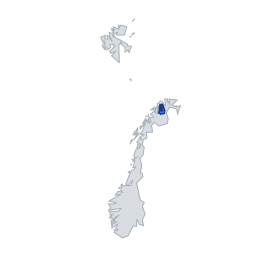 Porsáŋgu sme 2, Finnmark, Norway (highlighted), rotated 335°
{"feature_id": "86288312B48399951224278", "entity_name": "Porsáŋgu sme 2", "entity_type": "district", "adm_level": 2, "iso_a3": "NOR", "parent_name": "Norway", "parent_adm1": "Finnmark", "projection": "albers", "projection_center": [25.158, 70.243], "detail": "fine", "context": "in_parent", "style": "filled", "palette": "blue", "viewbox_px": 256, "rotation_deg": 335, "n_neighbors": 0, "source": "geoboundaries", "source_scale": "gbopen_adm2", "svg_char_len": 6271}
<svg xmlns="http://www.w3.org/2000/svg" viewBox="0 0 256 256"><g transform="rotate(335 128 128)"><path d="M154.4,134.0L149.4,136.0L150.0,137.6L148.4,142.1L142.9,139.7L140.9,145.0L136.9,145.1L133.9,149.1L134.4,152.7L130.0,159.1L126.2,160.1L124.7,167.7L120.2,173.6L121.7,175.0L121.0,178.4L112.5,181.4L108.7,198.4L111.2,202.4L107.9,205.0L107.1,213.3L102.3,217.1L100.8,223.1L97.5,219.9L97.6,214.4L94.0,220.7L91.3,219.0L82.4,225.8L76.5,225.2L71.4,216.8L72.7,214.4L74.5,216.4L76.1,215.6L74.2,214.1L77.9,210.8L71.1,211.8L73.1,208.4L77.8,208.3L75.7,207.1L78.6,204.5L83.2,203.2L79.0,203.5L72.4,208.2L74.0,204.4L76.3,204.8L74.8,201.2L77.7,199.8L75.2,199.5L76.0,195.8L84.6,199.4L87.7,197.9L76.9,194.6L78.7,192.4L78.2,188.3L82.5,190.7L85.7,190.9L79.9,186.2L93.7,185.0L88.1,183.4L92.6,181.1L96.2,184.6L95.1,181.2L97.9,177.8L106.4,181.3L110.4,177.1L103.7,180.1L102.1,177.9L112.5,168.3L116.7,168.0L118.7,166.2L115.6,166.1L120.3,160.6L119.6,159.1L124.6,158.2L121.1,158.2L122.2,154.5L126.3,150.8L131.1,150.8L127.7,149.6L130.0,147.1L131.9,149.6L132.5,148.0L129.8,144.9L134.6,141.7L135.2,145.0L135.4,141.0L140.2,140.6L136.8,139.1L142.8,134.0L143.7,131.2L145.5,132.8L144.9,131.1L148.6,128.6L148.1,132.1L150.8,127.4L149.6,133.0L151.8,131.5L151.7,127.8L156.0,128.8L154.2,125.0L158.5,123.9L160.4,127.6L165.0,118.1L168.1,119.9L165.8,126.5L170.3,119.0L170.7,123.6L171.9,122.7L173.6,117.2L176.0,118.2L174.7,121.0L175.8,121.0L175.8,125.0L177.4,119.1L184.4,123.4L177.7,125.8L180.8,129.4L184.9,129.9L178.9,136.2L179.9,132.0L179.1,130.2L174.4,126.7L169.2,130.4L168.2,136.9L165.5,140.6L156.9,139.3L154.4,134.0ZM151.4,33.4L153.8,36.0L153.0,39.7L154.5,37.9L154.7,41.0L159.2,46.2L154.7,49.1L147.8,65.0L143.5,55.6L149.9,53.0L144.1,53.3L143.8,50.8L151.0,48.4L149.8,47.4L150.6,46.0L146.8,44.9L146.2,47.7L143.1,48.7L141.2,41.6L143.1,42.0L143.0,38.8L141.3,40.0L141.7,34.2L146.9,34.4L147.1,35.3L144.5,36.6L146.5,39.1L148.7,35.6L150.2,43.1L150.3,36.4L151.4,33.4ZM157.5,30.2L161.4,34.4L162.8,30.6L163.2,31.1L162.8,33.2L165.0,31.7L169.6,35.7L164.0,42.2L157.4,39.2L156.7,38.2L158.7,37.0L155.2,36.5L154.6,34.9L155.7,34.1L154.3,32.9L156.6,33.4L156.5,31.5L157.4,32.5L157.5,30.2ZM159.5,47.5L162.9,51.8L162.2,53.2L165.7,55.4L161.3,59.8L160.5,59.4L161.2,57.2L157.5,57.9L159.3,53.7L156.9,48.4L159.5,47.5ZM134.3,138.5L137.1,137.4L128.6,141.0L133.2,137.8L134.0,133.9L136.5,132.1L134.3,138.5ZM139.5,131.7L143.0,131.8L138.5,134.3L139.5,131.7ZM143.2,129.9L148.5,126.5L145.5,130.4L143.2,129.9ZM139.7,41.7L141.0,46.4L141.2,48.4L139.8,45.9L139.7,41.7ZM132.5,134.0L132.5,137.7L129.8,136.3L132.5,134.0ZM160.9,119.8L159.0,122.3L156.4,121.1L159.4,120.8L160.9,119.8ZM161.2,121.7L160.3,124.7L159.2,123.8L161.2,121.7ZM125.3,140.7L128.2,140.4L124.7,142.1L125.3,140.7ZM179.9,32.2L176.6,33.4L180.0,32.0L179.9,32.2ZM172.3,44.2L174.5,44.6L171.2,45.3L172.3,44.2ZM166.7,117.9L168.6,117.2L169.2,117.8L166.7,117.9ZM162.5,121.0L162.1,122.6L161.6,121.2L162.5,121.0ZM152.0,124.8L151.8,126.5L151.1,125.8L152.0,124.8ZM151.3,84.7L150.9,86.2L150.3,84.9L151.3,84.7ZM169.7,46.7L168.6,46.6L168.5,46.0L169.7,46.7ZM110.7,167.8L111.0,169.3L109.4,168.6L110.7,167.8ZM148.7,124.2L149.6,124.9L150.1,125.9L148.7,124.2ZM155.1,31.1L155.4,32.1L154.8,31.7L155.1,31.1ZM99.0,177.1L97.0,176.7L99.3,176.5L99.0,177.1ZM95.6,178.3L94.5,179.2L94.3,178.5L95.6,178.3ZM124.2,142.4L123.0,143.5L124.5,141.6L124.2,142.4ZM74.2,201.5L73.4,203.1L74.0,200.9L74.2,201.5ZM118.8,159.2L118.6,158.1L119.2,158.3L118.8,159.2ZM181.2,127.8L181.1,129.1L181.0,128.9L181.2,127.8ZM119.1,160.3L118.0,160.3L119.4,160.1L119.1,160.3ZM115.5,162.0L115.4,163.0L114.9,162.6L115.5,162.0ZM76.1,194.2L75.2,195.1L75.6,194.3L76.1,194.2Z" fill="#d9dde1" stroke="#a8b0b8" stroke-width="1"/><path d="M169.1,121.4L168.9,121.3L168.7,121.6L168.7,121.8L168.8,121.8L168.7,121.9L168.6,122.0L168.4,122.2L168.0,122.7L167.8,122.9L167.8,123.0L167.7,123.2L167.6,123.3L167.5,123.5L167.4,123.7L167.4,123.8L167.2,123.8L167.3,123.9L167.3,124.0L167.2,124.0L167.1,124.3L166.9,124.4L167.0,124.4L166.9,124.4L166.9,124.5L167.0,124.5L167.3,124.6L167.3,124.8L167.2,125.0L167.0,125.3L166.9,125.5L166.7,125.7L166.6,125.8L166.6,126.0L166.5,126.3L166.4,126.5L166.2,126.8L166.0,126.7L165.9,126.6L165.9,126.4L166.0,126.5L166.1,126.4L166.1,126.2L166.1,126.3L166.1,126.2L166.0,126.3L165.9,126.4L165.9,126.1L166.0,126.1L166.1,125.9L165.9,125.9L166.0,126.0L165.9,126.0L166.0,126.1L165.9,126.1L165.7,126.2L165.7,126.3L165.6,126.5L165.8,126.7L165.8,126.8L165.8,127.0L165.7,127.0L165.7,126.9L165.6,126.7L165.6,126.8L165.4,126.8L165.4,126.7L165.5,126.5L165.4,126.5L165.5,126.5L165.4,126.4L165.5,126.4L165.4,126.3L165.4,126.2L165.5,126.1L165.4,126.1L165.5,126.1L165.6,125.9L165.5,125.7L165.4,125.6L165.5,125.6L165.4,125.6L165.5,125.6L165.5,125.4L165.7,125.2L165.8,125.2L166.0,125.1L166.1,124.9L166.3,124.8L166.2,124.8L166.2,124.7L166.3,124.7L166.2,124.6L166.3,124.6L166.2,124.4L165.9,124.6L166.0,124.4L165.9,124.4L166.0,124.3L166.0,124.2L165.9,124.3L165.9,124.2L165.9,124.3L165.9,124.2L166.0,124.1L166.2,123.8L166.3,123.7L166.3,123.8L166.2,123.9L166.3,123.8L166.5,123.9L166.5,123.7L166.4,123.7L166.2,123.6L166.4,123.4L166.4,123.2L166.5,123.2L166.4,123.2L166.0,123.1L165.9,123.0L166.0,123.0L165.9,123.0L165.9,122.9L166.0,122.9L166.4,122.9L166.5,122.7L166.4,122.6L166.1,122.7L165.9,122.8L166.0,122.7L166.3,122.3L166.4,122.2L166.5,122.2L166.6,121.9L166.8,121.7L167.0,121.4L166.9,121.3L167.1,121.3L167.2,121.2L167.3,121.0L167.3,120.9L167.3,120.7L166.7,120.5L165.6,121.8L165.3,122.4L165.1,122.6L164.7,123.2L164.7,123.4L164.9,123.6L164.6,124.1L164.1,124.4L163.7,125.2L163.1,126.4L162.4,126.6L162.2,127.4L162.7,127.7L162.9,127.6L163.2,129.3L164.4,129.2L165.6,129.9L166.5,130.0L167.3,129.9L168.2,128.4L168.4,128.0L168.6,127.8L168.8,127.7L168.7,127.5L168.7,127.3L168.6,126.9L168.6,126.7L168.8,126.1L168.8,125.9L168.9,125.7L169.1,125.5L168.9,124.9L168.8,124.7L168.9,123.9L169.1,123.3L169.3,122.4L169.1,121.4ZM168.2,121.3L168.3,121.3L168.4,121.2L168.4,120.9L168.2,121.0L168.1,121.3L168.2,121.3ZM166.7,124.8L166.7,124.7L166.7,124.8L166.5,125.0L166.4,125.3L166.5,125.2L166.8,125.0L166.8,124.9L166.7,124.8L166.7,124.8ZM166.4,125.4L166.2,125.5L166.3,125.5L166.4,125.4ZM165.7,125.6L165.8,125.6L165.7,125.6ZM165.8,125.3L165.7,125.3L165.7,125.5L165.7,125.4L165.8,125.3ZM165.9,125.4L166.0,125.4L165.9,125.4Z" fill="#3b82f6" stroke="#1e3a8a" stroke-width="1.5"/></g></svg>